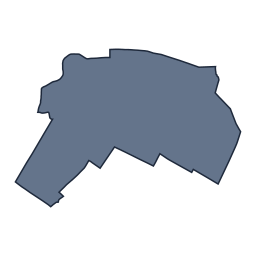 outline of Giang Thanh, Kiên Giang, Vietnam
{"feature_id": "81297802B31774141557678", "entity_name": "Giang Thanh", "entity_type": "district", "adm_level": 2, "iso_a3": "VNM", "parent_name": "Vietnam", "parent_adm1": "Kiên Giang", "projection": "mercator", "projection_center": [104.64, 10.444], "detail": "fine", "context": "isolated", "style": "filled", "palette": "slate", "viewbox_px": 256, "rotation_deg": 0, "n_neighbors": 0, "source": "geoboundaries", "source_scale": "gbopen_adm2", "svg_char_len": 2393}
<svg xmlns="http://www.w3.org/2000/svg" viewBox="0 0 256 256"><path d="M215.5,66.6L198.9,67.2L189.3,63.8L179.2,60.3L177.6,59.8L167.9,56.7L161.3,54.5L153.3,53.1L151.6,52.5L149.5,51.8L147.5,51.2L144.7,50.8L140.9,50.5L137.6,50.2L134.1,50.0L130.2,49.7L127.7,49.6L125.0,49.6L121.6,49.4L121.2,49.4L119.1,49.3L115.1,49.3L109.9,49.5L109.9,51.0L109.9,57.5L105.6,57.5L101.8,57.7L96.5,58.2L94.2,58.3L90.8,58.4L88.0,58.8L87.2,58.8L86.1,58.5L84.3,57.4L81.7,55.7L79.9,54.6L79.2,54.2L78.3,54.1L75.9,54.1L74.4,54.0L73.2,54.0L71.9,54.1L71.0,54.1L70.3,54.3L69.6,54.6L68.9,55.0L67.4,56.1L66.5,56.8L65.6,57.5L64.7,58.2L63.9,59.3L63.1,60.7L62.6,63.5L62.7,65.4L62.7,67.1L62.7,69.0L63.2,71.6L63.2,73.3L63.2,73.9L63.1,74.5L62.7,75.6L61.4,77.5L61.2,77.7L60.4,78.7L59.2,79.6L57.1,80.7L55.0,81.3L53.2,81.7L51.9,82.3L48.8,84.2L45.7,86.0L43.5,86.9L42.4,87.6L41.9,88.0L41.5,88.6L41.4,89.3L41.4,90.5L41.3,92.4L41.3,94.2L41.1,96.4L41.1,97.9L40.9,99.4L40.6,101.0L40.6,102.4L40.3,103.8L39.3,106.2L39.2,106.5L38.6,108.4L38.3,109.8L38.1,111.4L37.8,112.3L40.1,112.4L40.9,112.8L42.1,113.1L43.9,113.0L45.1,112.8L47.8,112.2L48.4,112.3L48.8,112.7L49.1,113.7L49.7,117.1L49.9,117.9L50.3,118.3L50.9,118.9L51.6,119.1L52.1,119.3L52.5,119.3L50.9,122.0L44.2,133.3L32.3,153.6L26.7,162.6L21.9,170.8L17.8,177.8L15.4,181.9L17.3,183.4L21.8,186.8L25.4,189.2L29.9,192.4L42.5,200.7L48.3,204.7L50.7,206.7L51.5,206.0L52.4,205.3L53.1,204.6L54.1,203.9L55.4,202.9L56.3,202.3L56.6,202.2L58.1,202.2L58.3,202.1L58.4,201.5L58.4,201.0L58.6,200.4L58.8,200.0L59.1,199.5L59.9,198.8L61.2,197.9L62.2,197.2L62.9,196.7L63.4,196.3L60.7,193.7L59.0,192.2L64.1,187.2L66.5,184.7L68.7,182.8L73.0,179.1L76.9,175.5L78.4,174.0L80.4,171.9L84.1,168.2L85.3,166.5L87.3,163.1L88.8,160.5L90.6,161.5L91.5,162.1L92.2,162.7L100.1,168.2L114.5,147.0L124.8,151.9L139.1,159.0L144.9,161.8L147.4,163.0L153.4,166.0L155.5,162.3L157.6,158.1L159.9,153.7L167.6,158.9L170.0,160.3L179.1,165.4L191.7,172.4L193.3,169.4L207.0,177.4L218.1,184.0L229.0,161.0L235.3,147.0L236.7,143.7L237.6,141.1L239.0,136.8L240.6,131.7L238.9,128.8L236.0,123.6L230.7,109.8L230.4,108.9L226.0,104.3L220.2,98.2L219.9,98.0L215.2,92.9L217.9,83.3L218.9,80.0L218.9,79.7L218.3,77.2L218.0,76.8L217.7,76.6L217.1,76.1L217.1,75.9L216.8,74.8L216.3,74.6L216.3,74.4L216.1,74.2L215.9,73.6L215.9,73.1L215.8,72.0L215.6,70.9L215.5,69.8L215.4,68.9L215.4,68.7L215.4,67.0L215.5,66.6Z" fill="#64748b" stroke="#1e293b" stroke-width="1.5"/></svg>